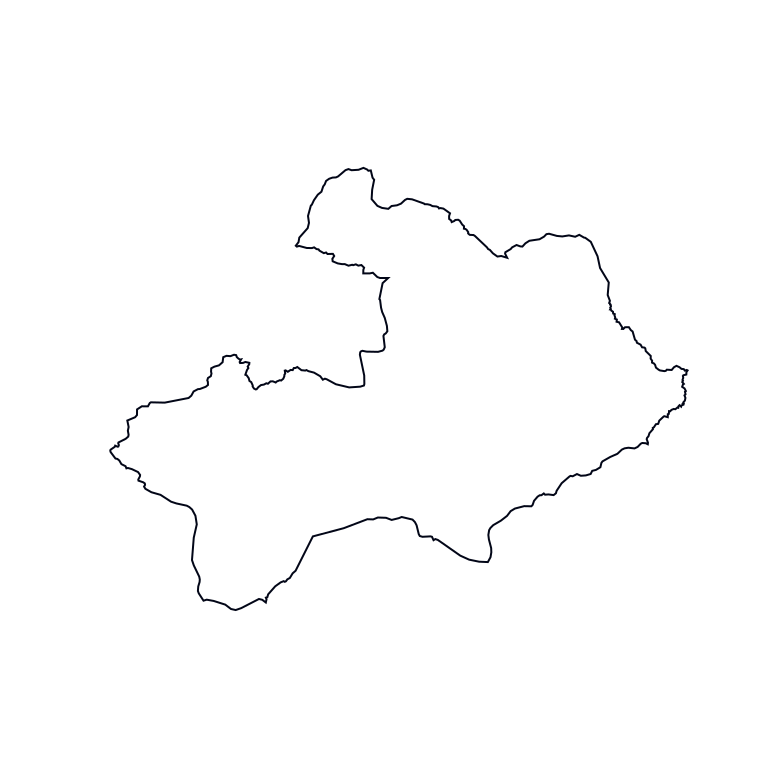 Lamas, San Martín, Peru, rotated 151°
{"feature_id": "86281439B97947490233761", "entity_name": "Lamas", "entity_type": "district", "adm_level": 2, "iso_a3": "PER", "parent_name": "Peru", "parent_adm1": "San Martín", "projection": "mercator", "projection_center": [-76.468, -6.324], "detail": "fine", "context": "isolated", "style": "outline", "palette": "ink", "viewbox_px": 768, "rotation_deg": 151, "n_neighbors": 0, "source": "geoboundaries", "source_scale": "gbopen_adm2", "svg_char_len": 6166}
<svg xmlns="http://www.w3.org/2000/svg" viewBox="0 0 768 768"><g transform="rotate(151 384 384)"><path d="M182.5,203.4L181.6,204.6L181.0,208.4L180.1,209.3L178.0,210.1L175.7,212.3L170.7,214.1L170.2,215.3L168.9,215.3L165.7,217.0L163.5,216.2L161.0,218.5L155.1,220.0L154.4,219.9L151.9,217.4L150.4,220.0L149.4,219.8L147.8,222.1L146.9,221.4L145.1,222.0L142.7,221.7L141.4,220.7L138.6,221.2L138.1,220.6L137.1,221.8L135.8,222.2L135.1,220.2L134.3,221.0L132.4,220.8L132.4,221.7L131.3,221.5L131.2,222.0L131.7,222.0L131.2,222.8L128.9,223.6L127.1,225.7L126.7,228.4L125.3,228.8L124.5,231.3L123.4,231.5L123.3,234.4L124.6,237.0L122.8,238.6L121.7,238.7L122.2,241.1L120.9,241.9L121.0,242.8L119.3,244.3L118.7,246.1L117.9,246.5L115.0,245.7L113.7,247.8L111.9,248.7L112.4,249.5L114.4,249.9L114.6,251.7L116.5,253.0L117.4,255.4L119.4,258.1L122.2,258.1L125.6,256.8L129.7,259.4L131.2,258.9L132.5,259.3L136.1,262.1L136.9,263.4L138.2,266.5L137.6,269.3L137.9,271.0L139.2,272.8L138.2,274.4L138.5,276.9L137.1,279.2L139.1,285.9L138.2,288.5L138.5,289.5L140.5,291.0L140.5,294.0L142.8,297.5L142.3,299.1L143.0,301.1L141.1,309.4L142.0,311.5L142.3,315.0L145.7,316.8L148.0,316.1L149.2,316.8L148.2,317.8L148.5,324.0L150.4,325.7L149.1,327.5L150.4,329.2L149.5,330.1L149.1,332.4L148.3,333.2L149.4,334.5L148.7,336.2L149.6,338.0L149.5,339.3L150.0,339.6L149.1,340.2L149.1,341.1L147.8,341.9L147.3,343.5L147.8,343.9L147.4,344.9L147.8,345.7L146.1,347.2L145.2,353.4L138.2,363.8L138.8,380.7L135.3,392.2L134.2,408.1L137.1,414.3L138.1,415.1L140.9,419.8L145.4,420.1L150.2,424.3L156.5,426.6L161.0,429.7L166.8,435.4L169.3,436.3L172.6,435.3L177.8,435.2L187.4,438.8L192.1,438.5L196.3,437.1L198.1,438.3L200.7,441.3L205.7,441.4L207.8,440.6L214.0,440.4L214.9,439.3L215.1,434.7L219.4,439.1L223.0,440.5L225.4,445.5L226.4,450.0L227.5,451.5L227.7,453.6L232.7,469.4L233.5,470.9L236.6,472.8L237.2,474.1L237.4,475.0L236.7,476.0L237.0,478.8L237.6,480.1L238.8,481.1L237.5,483.2L238.3,485.5L238.6,490.1L239.5,491.7L242.1,492.9L243.5,492.5L246.3,492.8L246.0,494.5L247.0,496.8L245.6,499.4L243.5,501.3L247.0,508.6L249.3,510.5L250.8,510.9L250.8,512.3L252.0,513.8L255.4,516.1L256.7,518.2L258.8,520.1L261.3,521.6L261.5,522.4L269.9,531.9L273.9,534.7L276.4,534.8L281.7,533.5L286.0,534.0L291.1,536.0L295.3,535.1L300.4,539.0L303.4,543.0L305.2,551.7L300.2,559.6L293.6,567.4L294.0,570.0L292.0,577.2L294.3,578.1L294.8,579.8L297.2,583.0L302.4,583.7L308.7,586.7L310.9,589.2L314.0,589.7L323.6,587.8L325.9,588.0L329.0,589.5L332.5,590.1L336.2,589.7L339.1,587.3L341.4,586.3L345.5,582.5L350.1,581.7L356.2,578.7L360.2,575.8L361.5,575.5L369.0,567.8L371.5,561.3L375.2,557.3L387.1,553.1L390.0,549.5L394.1,547.7L393.6,546.4L391.3,545.9L385.6,540.4L381.1,537.8L378.9,537.4L377.6,534.7L376.0,533.5L375.8,531.9L373.2,527.6L370.9,527.1L370.4,525.1L365.6,522.6L365.5,520.1L368.5,518.5L369.4,516.2L366.0,511.9L362.5,509.1L360.2,507.9L357.7,504.7L354.0,503.7L353.4,502.9L350.6,502.3L349.1,500.0L346.1,499.0L345.0,495.4L346.7,493.9L348.5,490.8L343.0,487.7L339.8,486.7L338.0,480.8L336.2,478.7L329.0,474.7L336.3,472.9L346.9,460.5L346.7,459.4L349.6,452.1L350.7,447.8L351.3,441.4L353.3,433.4L355.5,428.5L357.9,427.4L359.8,427.3L361.2,426.3L365.5,415.8L367.6,414.2L369.1,413.9L373.6,415.0L383.6,420.8L386.8,423.5L388.3,423.7L389.4,423.3L390.9,421.3L397.2,401.0L401.2,393.5L402.3,392.4L406.1,393.2L416.1,397.9L426.2,407.1L431.8,415.9L433.1,417.3L435.4,417.4L436.0,421.7L439.7,427.9L443.9,431.9L445.1,433.8L446.3,433.9L449.5,436.1L451.6,440.9L453.6,440.9L455.2,441.7L457.1,440.4L458.9,441.6L462.2,441.3L463.4,443.6L464.3,443.8L465.3,441.1L466.7,440.3L467.4,439.1L469.6,437.4L472.3,436.9L473.2,437.8L476.8,438.2L478.0,437.8L479.9,440.2L482.0,441.3L485.4,440.5L486.6,441.7L489.3,441.7L492.1,442.7L495.4,442.2L497.9,441.2L498.8,441.4L499.9,443.0L500.1,445.5L499.5,446.4L499.2,450.0L500.2,451.9L499.5,454.6L499.9,458.2L500.8,459.3L497.0,462.7L494.9,463.7L494.8,465.3L492.2,466.7L491.5,467.8L494.6,470.5L497.1,470.8L499.7,472.1L499.6,473.2L497.0,474.8L498.2,475.2L499.2,477.3L499.7,479.0L499.3,480.9L501.0,482.3L504.8,482.8L508.1,485.0L511.6,485.4L514.6,481.3L519.3,480.3L523.9,481.4L527.5,481.5L529.3,478.6L529.8,476.8L531.7,474.8L535.0,474.6L536.8,472.9L537.0,471.3L538.4,468.5L541.2,468.0L547.5,468.9L549.2,469.7L554.1,469.8L558.2,467.2L561.7,466.5L584.8,474.0L596.8,481.0L598.1,480.9L601.3,478.9L606.6,481.9L612.3,481.5L615.1,476.6L617.8,475.6L626.2,476.5L628.2,470.2L630.7,467.3L632.0,463.4L633.2,462.0L636.5,461.3L644.6,461.6L645.2,461.0L645.5,459.1L646.7,458.1L647.4,458.3L649.0,460.4L649.9,459.6L655.0,459.1L655.8,458.3L656.1,456.9L655.0,449.0L653.5,447.7L652.6,445.4L652.5,441.2L649.9,437.4L650.2,435.1L648.7,434.7L645.8,431.8L641.8,426.2L641.4,422.7L642.3,421.5L645.2,419.6L645.6,418.5L642.2,414.7L641.4,413.0L641.9,411.6L643.6,410.6L643.5,408.0L639.9,402.1L633.2,395.4L627.3,384.3L623.5,380.2L615.5,373.2L613.9,370.7L612.7,367.2L612.8,360.2L615.8,352.0L624.9,341.8L637.3,323.1L638.3,317.5L639.0,305.1L639.9,302.3L641.3,300.2L644.6,297.0L647.1,293.2L647.5,290.7L646.9,282.0L643.6,281.3L638.1,276.8L629.8,268.0L626.9,261.4L623.3,258.2L617.6,257.2L597.6,256.6L595.1,254.3L593.3,250.2L591.1,252.7L590.9,254.4L589.4,254.1L587.3,256.2L577.2,259.8L570.6,260.6L567.3,260.2L566.7,259.1L565.4,259.0L563.3,260.0L560.4,260.0L555.7,262.7L551.9,263.5L520.1,285.2L489.1,277.4L464.1,273.8L459.1,270.8L454.1,270.2L447.1,266.0L443.2,261.4L436.2,259.5L433.0,259.1L424.8,251.6L423.9,248.2L424.0,244.6L426.4,235.8L426.4,233.7L424.4,231.7L417.2,228.2L416.1,227.1L416.4,223.4L414.3,223.5L412.5,221.5L400.5,196.9L394.7,189.1L387.0,182.5L379.5,177.9L374.8,180.9L371.7,184.8L369.8,188.6L367.6,197.2L365.9,201.4L362.9,205.2L360.7,206.5L356.9,207.6L348.1,207.8L340.3,209.0L334.9,211.4L329.9,211.6L320.6,209.2L314.4,205.6L312.6,206.2L309.4,209.1L304.3,211.0L301.8,211.2L300.2,210.4L297.3,210.8L296.8,209.1L293.7,207.7L289.5,204.6L286.6,205.1L284.8,206.9L276.7,211.1L266.6,213.2L265.4,213.2L263.7,211.8L258.9,211.7L256.3,208.3L251.8,206.2L246.9,205.1L244.0,207.1L240.3,206.1L235.1,206.3L232.1,209.6L230.4,210.4L221.4,210.5L213.7,209.8L207.8,211.3L204.8,211.1L201.2,209.8L196.1,206.2L192.7,206.0L188.4,207.3L186.7,207.2L183.8,205.3L182.5,203.4Z" fill="none" stroke="#020617" stroke-width="2"/></g></svg>